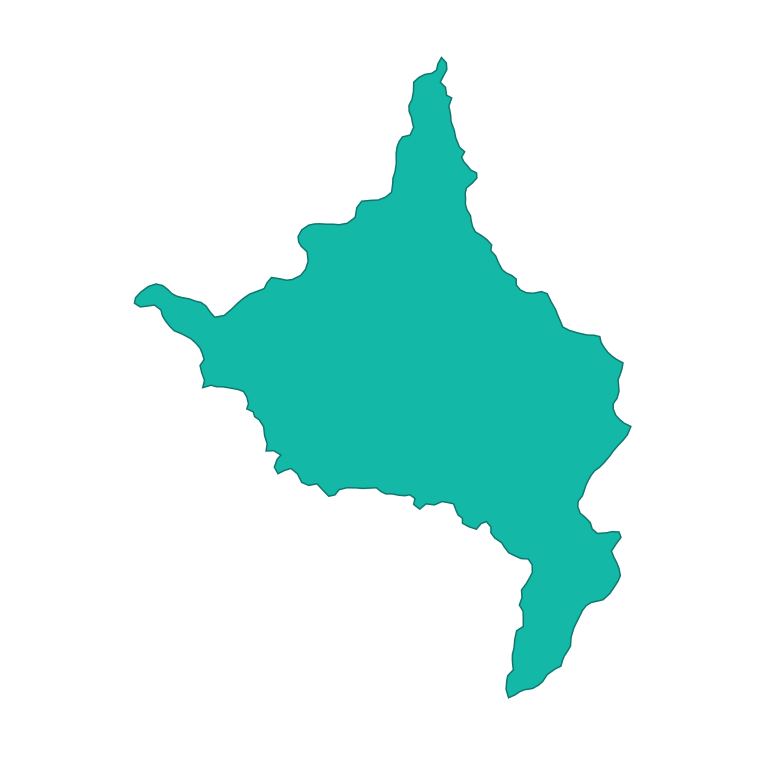 Morro da Garça, Minas Gerais, Brazil, rotated 266°
{"feature_id": "56859067B41000943764258", "entity_name": "Morro da Garça", "entity_type": "district", "adm_level": 2, "iso_a3": "BRA", "parent_name": "Brazil", "parent_adm1": "Minas Gerais", "projection": "albers", "projection_center": [-44.635, -18.604], "detail": "fine", "context": "isolated", "style": "filled", "palette": "teal", "viewbox_px": 768, "rotation_deg": 266, "n_neighbors": 0, "source": "geoboundaries", "source_scale": "gbopen_adm2", "svg_char_len": 3862}
<svg xmlns="http://www.w3.org/2000/svg" viewBox="0 0 768 768"><g transform="rotate(266 384 384)"><path d="M62.3,486.4L64.8,493.1L67.5,497.7L69.2,502.7L69.9,511.0L72.9,517.3L76.2,521.6L82.6,526.4L87.5,534.2L90.3,540.9L95.4,542.6L100.0,544.8L104.6,548.4L109.5,551.7L118.5,553.0L127.3,556.3L132.4,559.2L137.1,562.0L144.2,566.1L148.8,570.2L151.6,575.4L152.4,580.7L153.5,587.5L159.2,594.6L165.0,599.2L171.2,603.8L176.4,606.4L183.8,605.5L189.9,603.5L195.2,601.2L201.5,599.2L208.3,604.4L214.5,609.7L220.0,608.1L220.8,601.2L220.0,595.4L220.0,586.5L224.8,581.6L231.3,580.1L236.8,575.5L241.4,570.7L248.0,568.7L253.7,569.6L258.6,574.1L264.0,576.4L269.0,578.4L274.1,581.3L278.8,584.5L282.9,588.2L285.6,592.8L290.1,598.0L296.3,604.0L300.9,607.8L306.4,613.2L311.2,618.5L316.4,623.3L324.4,627.3L328.2,620.7L332.5,616.3L336.6,613.0L343.2,610.9L348.4,611.3L353.5,615.5L360.3,617.9L366.0,617.9L371.7,617.8L377.2,620.3L382.4,622.4L388.4,623.9L392.2,617.8L395.7,613.5L399.9,609.5L405.3,606.0L410.5,603.4L416.2,602.6L418.0,596.8L418.7,589.9L421.4,581.0L424.6,572.4L428.4,566.3L435.3,564.0L440.8,562.0L446.4,560.3L454.7,556.3L462.7,553.1L465.2,547.4L464.1,539.5L465.0,532.5L468.3,526.6L473.5,522.8L479.4,523.2L483.3,519.1L486.0,514.0L489.7,509.9L497.0,506.6L503.8,504.4L509.7,499.8L515.2,501.1L520.5,497.0L525.0,491.9L529.4,485.7L535.0,483.3L540.5,482.4L545.9,482.0L552.0,478.9L557.7,477.7L563.2,478.3L568.6,478.3L574.0,480.0L578.1,485.9L583.0,491.0L588.2,491.0L591.3,485.5L595.5,482.7L599.9,479.3L604.9,477.2L610.0,480.7L615.0,475.8L624.6,472.7L632.1,471.8L641.1,469.2L648.3,469.2L656.8,468.1L664.6,471.5L667.6,466.6L675.6,466.0L681.2,461.2L686.9,464.6L693.2,468.6L700.0,468.6L705.7,464.1L699.5,460.1L693.5,458.3L690.6,453.4L690.0,446.5L687.5,440.4L683.1,434.7L673.6,433.8L665.9,431.8L660.0,428.3L654.0,428.1L648.3,430.0L642.9,430.6L637.9,431.5L630.5,427.4L629.2,419.6L624.6,415.9L619.9,413.7L613.3,412.2L603.4,411.7L595.1,409.9L588.6,407.3L583.2,406.7L574.7,404.9L570.3,398.6L567.9,391.1L568.1,384.2L567.9,374.5L561.8,369.2L552.3,366.9L546.9,358.6L546.0,350.3L546.9,344.6L547.4,337.8L548.3,331.0L548.5,325.7L547.7,320.0L543.6,312.8L537.1,308.6L531.7,308.8L527.0,311.1L521.3,316.5L511.7,316.9L503.8,313.7L498.1,308.4L494.6,299.8L494.3,293.9L496.2,287.5L498.1,279.2L493.4,274.6L487.5,271.1L485.0,262.8L483.0,256.1L479.3,249.8L474.8,243.7L469.7,237.7L463.5,229.4L462.4,219.8L468.0,215.5L474.1,211.9L478.1,207.2L479.8,201.7L482.6,195.4L484.2,188.8L486.1,183.3L488.9,178.7L493.5,174.7L497.6,170.1L499.7,163.5L497.6,155.5L492.6,147.7L487.4,142.2L482.0,140.7L477.9,146.2L478.2,152.8L478.8,160.5L473.5,166.6L467.3,167.8L461.9,170.6L456.4,174.4L451.8,178.4L448.0,186.0L442.7,194.5L437.8,199.2L432.8,202.9L427.1,204.9L420.9,206.3L415.4,201.8L408.3,202.9L400.1,205.2L393.0,202.9L394.9,211.5L393.0,216.5L392.5,222.8L390.6,230.8L388.7,238.0L386.3,243.4L380.5,246.3L373.7,247.4L368.7,245.4L365.4,251.6L360.5,252.7L357.0,257.0L349.7,261.0L340.7,261.3L332.5,263.3L325.4,261.7L325.2,269.3L320.3,276.2L316.4,272.2L308.8,268.8L301.9,272.0L304.8,278.9L306.2,285.4L300.3,291.5L291.6,295.0L288.1,301.9L289.1,310.2L282.9,315.2L275.9,321.1L276.8,327.3L281.7,331.8L283.1,339.8L282.3,349.1L281.3,355.4L281.2,361.5L281.0,369.2L276.9,373.5L274.2,378.2L273.8,384.5L272.1,390.7L271.1,396.8L271.7,402.1L267.6,406.9L261.8,405.2L256.7,410.9L261.5,417.6L259.9,425.9L262.7,433.7L261.3,439.4L259.6,445.1L253.4,446.9L248.3,448.7L244.7,452.8L239.6,452.6L235.7,458.7L232.7,466.0L238.0,471.1L239.6,476.5L234.0,480.7L228.1,480.3L222.7,483.7L217.5,490.3L212.5,493.0L206.9,496.7L203.6,502.4L200.3,508.5L199.4,515.7L193.2,519.2L185.6,518.8L180.9,516.0L175.2,512.2L168.9,506.8L161.3,506.8L154.0,503.6L147.7,506.9L139.2,506.5L132.4,506.0L128.6,499.1L119.9,496.6L111.5,495.3L105.6,493.3L100.5,492.8L95.5,492.8L89.9,493.1L84.4,487.1L78.7,485.6L71.0,484.5L62.3,486.4Z" fill="#14b8a6" stroke="#0f766e" stroke-width="1.5"/></g></svg>